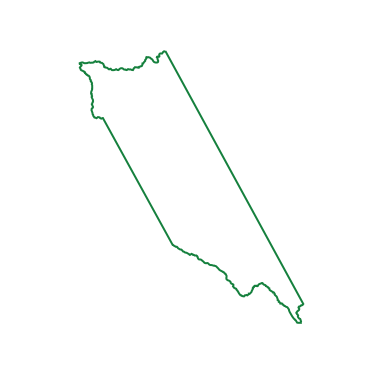 the district of Chos Malal, Neuquén, Argentina, rotated 150°
{"feature_id": "61730980B85751419294070", "entity_name": "Chos Malal", "entity_type": "district", "adm_level": 2, "iso_a3": "ARG", "parent_name": "Argentina", "parent_adm1": "Neuquén", "projection": "mercator", "projection_center": [-70.248, -36.806], "detail": "fine", "context": "isolated", "style": "outline", "palette": "green", "viewbox_px": 384, "rotation_deg": 150, "n_neighbors": 0, "source": "geoboundaries", "source_scale": "gbopen_adm2", "svg_char_len": 5892}
<svg xmlns="http://www.w3.org/2000/svg" viewBox="0 0 384 384"><g transform="rotate(150 192 192)"><path d="M144.6,326.6L144.9,326.7L145.8,327.8L147.0,327.7L148.5,326.9L148.8,326.9L149.9,327.7L150.5,327.9L151.3,327.7L151.7,327.3L151.9,327.1L152.3,325.9L152.7,325.6L153.0,325.7L154.3,326.6L154.7,326.6L155.1,326.2L154.7,325.6L155.4,324.3L155.7,322.5L156.3,321.7L156.8,321.5L157.5,321.6L158.6,322.2L159.2,322.7L159.6,323.2L159.9,323.7L160.1,324.8L160.1,326.4L160.3,327.1L160.9,328.2L161.1,329.2L162.0,330.2L162.4,330.6L163.0,330.7L163.3,330.9L163.6,331.4L164.0,331.6L164.3,331.5L164.4,331.2L164.6,330.7L165.3,330.2L166.3,329.9L166.7,329.6L166.8,329.1L167.0,328.9L168.8,328.4L169.8,327.8L170.0,327.7L170.6,328.1L171.7,326.7L172.5,326.2L172.8,326.2L173.4,326.5L174.0,326.5L175.4,326.9L175.8,326.7L175.9,326.3L176.3,326.4L176.6,326.6L177.0,327.3L177.6,327.6L179.0,328.6L179.7,328.3L180.2,328.3L180.9,328.1L181.5,327.4L182.2,327.1L183.3,328.0L183.9,328.9L185.3,329.6L185.5,330.0L186.0,330.4L186.7,330.4L187.2,330.2L187.7,330.3L188.1,330.6L188.4,331.3L189.2,331.7L189.7,332.2L190.3,333.8L191.2,334.5L192.0,334.8L192.7,334.8L193.2,334.8L194.5,334.4L194.8,334.4L195.6,335.0L196.3,336.3L197.6,336.3L198.7,336.6L200.3,337.5L200.6,338.1L200.7,338.6L200.7,339.1L200.8,339.4L201.2,339.6L202.3,339.6L202.6,339.8L203.4,342.0L204.6,343.0L204.9,343.4L205.2,343.6L205.5,344.0L205.5,344.3L205.0,344.5L205.0,344.8L205.1,345.3L204.8,347.2L205.3,348.3L205.4,348.8L206.2,349.4L206.7,350.1L206.9,350.3L206.7,350.9L207.0,351.2L208.1,351.9L209.6,352.3L209.9,352.6L210.1,353.6L211.4,353.7L212.3,353.4L213.3,353.6L213.8,354.0L214.1,354.1L215.6,354.8L216.0,355.5L217.2,355.9L218.5,356.1L220.9,357.4L221.6,358.5L222.4,359.2L223.1,359.3L224.2,359.7L224.9,359.7L225.2,358.9L224.5,358.1L224.1,357.4L224.4,356.8L224.7,356.8L224.9,356.6L226.2,356.2L227.0,355.7L226.9,355.0L227.2,353.4L226.9,352.6L226.2,351.8L225.8,351.1L225.5,350.5L225.3,350.4L225.0,349.9L224.9,349.5L225.1,349.3L224.9,349.0L225.2,348.5L224.9,348.2L224.9,347.2L224.6,346.9L224.6,346.4L224.4,346.3L224.4,345.9L224.1,345.7L224.0,344.9L223.4,344.5L223.3,344.2L223.3,343.9L223.1,343.5L223.2,342.4L223.4,342.1L223.9,341.0L223.9,340.4L223.7,339.8L223.9,339.3L224.2,338.9L224.0,338.4L224.3,338.1L224.1,337.5L224.1,336.6L224.3,336.0L224.8,335.6L225.0,335.2L225.0,334.6L225.4,333.7L226.0,332.8L226.4,331.9L226.8,331.6L227.0,331.0L227.6,330.4L229.1,329.2L229.6,328.6L229.9,327.8L230.1,327.8L230.2,327.6L229.8,327.1L229.8,326.9L230.3,326.5L230.6,325.5L230.5,325.2L230.6,324.9L230.9,324.7L231.1,324.8L231.5,324.3L231.8,321.0L232.5,320.1L232.6,319.6L233.4,319.3L234.6,318.1L234.9,318.1L235.0,317.8L235.0,317.4L234.9,317.0L235.0,316.8L235.2,315.1L236.0,314.5L237.0,314.4L237.3,314.2L237.8,313.4L238.1,313.2L238.7,310.0L239.1,309.3L239.2,308.8L239.0,308.3L239.4,307.4L239.4,306.9L239.1,305.7L239.3,305.4L239.2,305.2L238.4,304.6L237.9,303.7L237.3,303.7L236.0,303.9L234.7,302.8L234.6,301.9L233.9,300.9L232.7,300.8L232.2,300.6L235.2,155.9L234.9,155.8L234.3,154.1L233.9,153.5L233.4,153.0L233.3,152.5L232.5,152.1L232.3,151.5L232.2,150.3L231.5,149.0L231.2,148.4L230.2,147.5L230.0,147.4L229.7,146.4L229.5,145.0L228.8,144.3L228.3,143.1L227.1,142.1L225.5,139.4L225.5,138.8L224.9,138.5L223.4,138.7L222.5,137.5L222.6,137.1L222.3,136.7L221.9,136.6L221.7,136.4L221.3,135.5L220.1,135.0L219.7,134.3L219.6,133.8L219.8,133.5L219.8,133.1L219.6,132.8L220.0,131.6L219.9,130.8L219.7,130.2L219.4,129.9L218.4,129.3L218.1,129.0L217.4,127.4L217.4,127.0L217.0,126.3L216.8,125.7L216.8,125.1L216.5,124.3L216.0,123.7L215.3,123.2L214.4,122.9L214.1,122.7L213.7,122.1L213.3,120.5L212.9,119.9L212.5,119.5L211.5,118.9L209.8,117.1L209.5,117.1L208.2,115.5L207.8,113.7L207.6,113.2L207.2,110.9L206.7,109.9L205.8,108.5L205.6,108.1L205.3,107.8L205.3,107.4L204.6,106.7L204.6,106.2L204.4,105.4L204.4,105.0L204.3,104.7L203.9,104.5L203.9,103.9L204.0,102.1L204.8,100.8L205.3,100.4L205.3,100.2L205.7,99.2L205.3,97.9L204.2,96.6L203.8,95.8L203.6,94.9L203.9,94.1L203.7,92.9L203.3,92.5L202.8,91.8L202.5,91.2L202.6,90.7L202.8,90.5L203.7,89.8L203.6,89.1L203.4,88.5L203.5,88.2L203.2,87.9L202.7,86.7L202.1,86.1L202.3,85.0L201.9,83.8L202.1,83.1L202.0,82.7L201.9,82.4L202.0,80.9L201.9,80.5L201.9,79.7L201.8,79.3L201.8,78.9L201.3,78.4L200.9,77.6L201.0,77.4L200.6,77.1L200.6,76.9L200.5,76.7L199.2,75.6L198.9,75.7L197.9,76.1L197.6,76.0L197.4,75.8L196.8,75.6L196.3,75.6L195.7,74.8L194.8,75.0L194.0,75.0L193.8,75.0L193.6,75.4L193.4,75.2L192.9,75.0L190.7,75.6L190.2,75.9L189.9,76.3L188.0,77.5L187.5,77.9L187.5,78.4L187.2,78.6L186.1,78.6L185.9,79.2L185.3,79.2L184.8,79.4L184.5,79.2L184.3,79.3L184.1,79.2L183.7,78.7L183.3,78.7L183.2,78.3L182.5,78.0L182.4,77.8L181.7,77.8L181.0,78.4L180.3,78.6L178.9,78.5L178.1,78.3L177.2,78.3L176.5,77.9L176.5,77.6L176.6,77.3L176.2,76.3L176.2,76.0L175.0,74.6L175.0,74.2L175.1,73.6L174.6,73.3L174.5,72.9L174.3,72.4L174.2,72.1L173.9,71.8L174.0,71.5L173.6,70.9L173.6,70.6L173.7,70.3L173.4,70.0L173.5,69.9L173.5,69.6L173.4,69.5L173.7,68.2L172.5,65.8L172.1,65.3L171.9,64.9L172.1,64.4L171.3,63.9L171.3,62.4L171.6,62.3L171.7,62.1L171.6,61.1L171.0,59.3L171.0,58.6L171.4,56.3L171.9,55.6L171.8,55.4L171.4,54.9L171.3,54.4L171.5,53.8L171.8,53.5L171.7,53.2L171.3,53.0L171.2,52.6L171.2,52.1L171.3,51.2L170.6,51.1L170.2,50.8L169.6,50.1L169.9,49.4L169.7,48.9L169.2,48.4L169.0,47.1L168.5,46.8L168.1,45.8L167.1,44.6L167.0,44.1L166.8,41.8L167.2,40.8L167.4,39.1L167.4,34.1L167.1,31.3L166.6,30.1L166.7,29.5L166.3,28.9L166.3,26.4L165.6,25.7L163.2,24.3L162.9,24.9L162.4,25.2L162.2,25.5L162.2,26.1L162.0,26.7L161.8,27.7L161.8,28.0L162.5,28.9L162.7,30.5L162.6,31.2L162.1,31.9L161.8,32.1L161.9,32.7L161.8,33.2L162.1,33.7L162.1,35.1L162.0,35.3L161.4,35.6L161.0,35.6L160.5,36.0L159.8,36.0L159.4,36.2L158.6,36.2L158.3,36.4L157.6,37.0L157.6,38.2L157.5,38.7L157.1,38.8L157.0,39.1L156.6,39.3L155.3,38.9L154.8,39.0L154.3,39.3L154.0,39.3L153.2,38.9L152.7,38.9L151.6,39.4L144.6,326.6Z" fill="none" stroke="#15803d" stroke-width="2"/></g></svg>